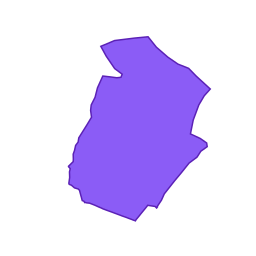 outline of Al Lagowa, South Kordufan, Sudan, rotated 131°
{"feature_id": "16777658B4481857181861", "entity_name": "Al Lagowa", "entity_type": "district", "adm_level": 2, "iso_a3": "SDN", "parent_name": "Sudan", "parent_adm1": "South Kordufan", "projection": "mercator", "projection_center": [29.243, 11.301], "detail": "fine", "context": "isolated", "style": "filled", "palette": "violet", "viewbox_px": 256, "rotation_deg": 131, "n_neighbors": 0, "source": "geoboundaries", "source_scale": "gbopen_adm2", "svg_char_len": 1697}
<svg xmlns="http://www.w3.org/2000/svg" viewBox="0 0 256 256"><g transform="rotate(131 128 128)"><path d="M206.7,98.1L206.6,97.9L206.4,97.0L206.2,96.6L206.0,95.9L205.6,94.5L205.6,94.4L205.4,93.7L205.3,93.4L205.1,93.0L204.2,90.5L202.2,85.4L200.7,81.4L198.6,75.8L198.5,75.4L196.5,70.4L195.7,68.1L194.5,65.0L194.2,64.0L193.3,61.8L193.2,61.5L192.8,61.6L192.7,61.6L191.6,61.8L190.7,61.8L186.5,61.9L184.8,62.0L177.4,62.2L174.8,62.3L173.4,62.4L173.3,62.2L169.5,56.2L169.4,56.0L169.6,54.2L169.6,53.9L169.3,53.9L168.6,54.0L168.4,54.0L168.4,54.4L160.5,55.4L153.9,57.4L145.3,57.8L137.0,58.2L126.7,58.4L114.4,58.9L104.7,56.8L97.8,57.8L90.1,56.0L87.7,58.8L88.5,66.6L91.5,77.0L79.2,84.0L64.1,89.7L53.7,91.6L44.6,91.5L44.1,110.5L43.2,121.4L47.0,132.2L48.4,144.5L48.4,159.6L46.0,172.7L55.9,182.1L70.8,195.5L84.2,202.1L88.1,191.5L91.9,177.0L91.2,167.7L94.4,166.6L97.4,169.4L101.4,175.4L105.3,181.1L117.7,177.4L126.4,173.0L134.7,170.9L139.2,167.8L143.8,162.6L152.3,161.1L167.7,158.7L171.4,156.4L175.5,156.1L180.1,153.6L183.7,152.2L187.3,148.9L189.3,147.3L195.9,147.8L196.2,147.5L196.4,146.1L196.6,144.9L199.5,143.4L202.5,140.6L203.7,139.5L208.5,136.4L209.1,135.4L208.3,133.2L208.3,130.4L208.3,129.1L206.8,125.8L206.7,125.6L206.8,124.6L206.8,123.8L207.5,122.8L210.4,118.5L210.4,118.4L211.2,117.3L212.5,115.4L212.7,115.0L212.8,114.9L212.4,113.9L212.3,113.6L212.2,113.2L212.5,112.2L212.7,111.8L212.6,111.7L212.6,111.9L212.5,112.1L212.4,111.8L212.3,111.7L212.2,111.5L212.1,111.2L212.0,110.9L211.8,110.5L211.5,109.9L210.3,108.2L210.2,108.2L209.9,107.6L208.5,103.7L208.4,103.4L208.1,102.6L207.9,101.9L207.7,101.3L207.2,99.6L206.8,98.3L206.8,98.2L206.7,98.1Z" fill="#8b5cf6" stroke="#5b21b6" stroke-width="1.5"/></g></svg>